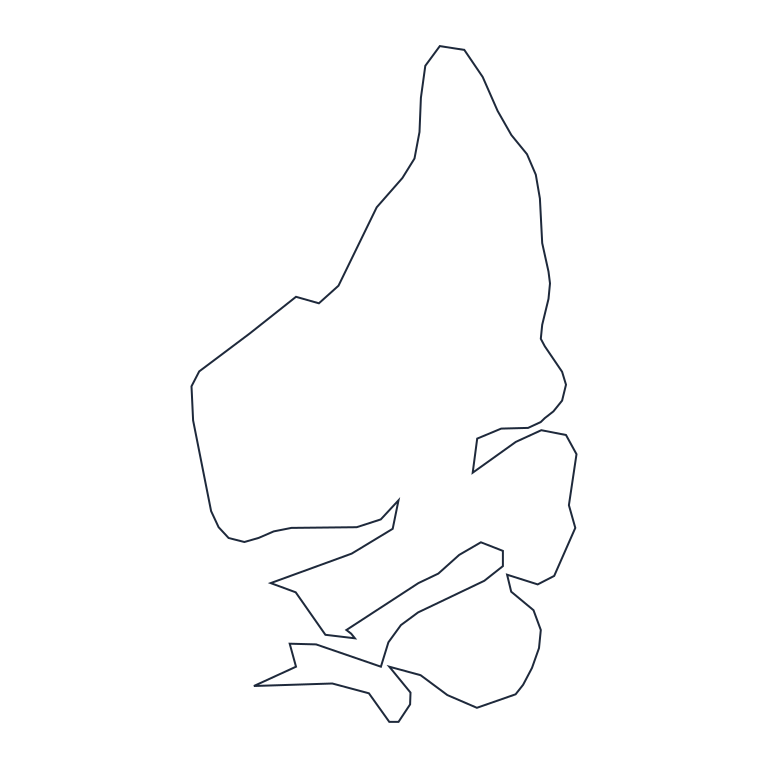 map outline of South Andros (Mercator projection)
{"feature_id": "BHS-5022", "entity_name": "South Andros", "entity_type": "District", "adm_level": 1, "iso_a3": "BHS", "parent_name": "The Bahamas", "parent_adm1": "", "projection": "mercator", "projection_center": [-77.637, 23.971], "detail": "fine", "context": "isolated", "style": "outline", "palette": "slate", "viewbox_px": 768, "rotation_deg": 0, "n_neighbors": 0, "source": "natural_earth", "source_scale": "10m", "svg_char_len": 1298}
<svg xmlns="http://www.w3.org/2000/svg" viewBox="0 0 768 768"><path d="M296.0,296.8L318.9,303.3L338.5,285.7L376.7,207.3L402.4,178.0L414.5,158.5L419.5,132.0L420.9,97.8L425.3,65.8L439.8,46.1L464.3,49.9L482.7,77.0L497.6,110.9L511.4,135.1L527.0,154.2L535.8,174.7L539.9,198.5L542.2,243.1L548.5,271.6L550.0,283.4L548.5,298.9L542.2,324.8L540.8,338.8L544.8,346.3L562.1,371.8L566.0,384.7L562.1,400.6L553.4,411.4L544.8,418.1L540.8,422.0L528.1,427.9L501.2,428.6L477.2,438.6L472.7,472.7L515.8,441.9L541.3,430.2L566.0,435.0L576.5,454.2L568.9,505.2L575.3,527.9L554.2,575.9L537.7,584.4L507.1,574.7L511.2,591.7L533.5,610.2L540.8,630.0L539.0,648.1L532.0,667.9L523.1,684.8L515.6,694.3L476.9,707.8L447.4,695.1L420.6,675.2L389.3,666.7L410.5,692.6L410.1,704.4L398.5,721.9L389.3,721.9L368.9,693.3L332.3,683.5L253.9,686.0L296.0,666.7L289.7,643.7L316.1,644.4L380.9,666.7L388.4,642.3L400.9,625.1L418.1,612.4L484.3,580.8L502.9,566.1L502.9,550.9L480.9,542.3L459.2,554.9L438.3,573.6L418.4,583.1L346.4,630.0L351.2,633.7L354.9,638.3L325.4,634.8L295.7,592.3L270.7,583.1L351.7,553.6L392.7,528.8L398.5,500.3L380.8,519.4L356.7,527.2L291.4,527.9L273.7,531.4L258.7,537.9L244.4,542.0L228.6,538.0L218.6,527.2L211.1,511.1L193.1,420.4L191.5,386.3L199.2,371.4L249.7,333.5L296.0,296.8Z" fill="none" stroke="#1e293b" stroke-width="2"/></svg>